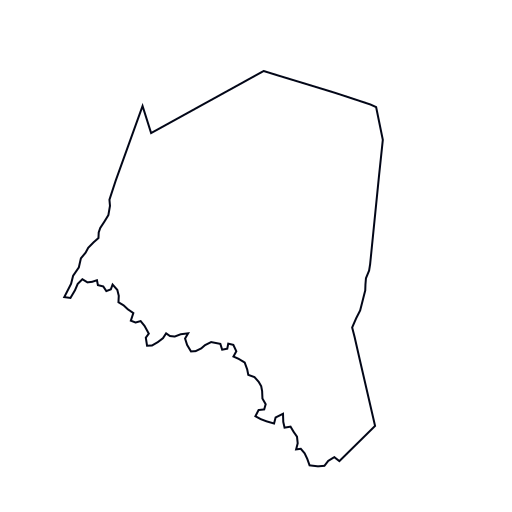 outline of Nossa Senhora Aparecida, Sergipe, Brazil, rotated 199°
{"feature_id": "56859067B5954289975540", "entity_name": "Nossa Senhora Aparecida", "entity_type": "district", "adm_level": 2, "iso_a3": "BRA", "parent_name": "Brazil", "parent_adm1": "Sergipe", "projection": "albers", "projection_center": [-37.498, -10.352], "detail": "fine", "context": "isolated", "style": "outline", "palette": "ink", "viewbox_px": 512, "rotation_deg": 199, "n_neighbors": 0, "source": "geoboundaries", "source_scale": "gbopen_adm2", "svg_char_len": 1605}
<svg xmlns="http://www.w3.org/2000/svg" viewBox="0 0 512 512"><g transform="rotate(199 256 256)"><path d="M145.4,285.3L165.8,371.9L173.9,407.1L190.9,435.9L197.2,436.5L234.5,436.0L279.5,434.4L292.9,433.9L309.0,433.4L395.2,338.1L412.1,360.9L413.2,281.8L412.9,261.5L410.4,255.9L408.9,246.6L410.6,238.9L412.4,231.8L412.4,227.1L410.8,221.7L413.9,216.3L417.3,209.2L418.2,203.7L420.8,196.8L419.8,187.5L422.5,177.8L421.8,169.5L423.9,154.7L417.8,155.9L416.0,164.7L415.5,171.6L412.6,177.5L406.8,176.2L402.6,178.2L398.5,181.3L396.0,177.0L390.5,177.5L386.1,174.1L382.4,177.2L382.3,182.3L376.1,178.8L372.8,173.7L371.0,167.5L365.0,166.2L359.9,163.9L353.4,162.1L353.3,154.1L348.2,153.9L343.9,156.9L338.6,153.6L332.1,147.7L333.6,142.9L329.8,135.7L325.2,137.5L320.8,142.6L317.2,148.0L315.8,153.6L311.3,152.3L306.6,153.4L301.7,157.5L295.0,160.8L296.2,154.9L292.2,149.5L286.4,144.6L282.1,146.4L277.7,150.8L275.2,155.1L270.4,160.0L261.1,161.3L257.5,156.4L253.0,159.0L253.7,164.1L248.5,164.6L243.6,159.5L244.6,153.6L239.0,153.1L232.0,151.6L227.4,145.9L224.6,141.1L218.0,141.0L212.5,137.9L208.7,134.6L206.2,130.2L203.5,123.3L198.6,119.0L198.3,113.6L203.4,111.2L204.4,104.3L198.4,103.3L192.2,103.1L184.4,103.5L184.9,109.7L179.1,115.6L176.2,108.0L173.1,103.0L167.8,105.9L163.2,102.0L158.4,98.5L155.6,92.5L155.1,86.2L150.9,88.3L145.8,85.3L141.5,80.9L137.2,75.5L128.9,77.3L123.0,79.9L121.0,85.8L116.5,91.3L110.4,89.2L88.1,134.1L124.1,191.7L136.4,211.5L141.8,219.7L141.0,229.9L139.8,238.4L140.6,248.2L141.1,254.0L141.5,259.0L143.3,264.9L144.8,270.8L144.3,279.0L145.4,285.3Z" fill="none" stroke="#020617" stroke-width="2"/></g></svg>